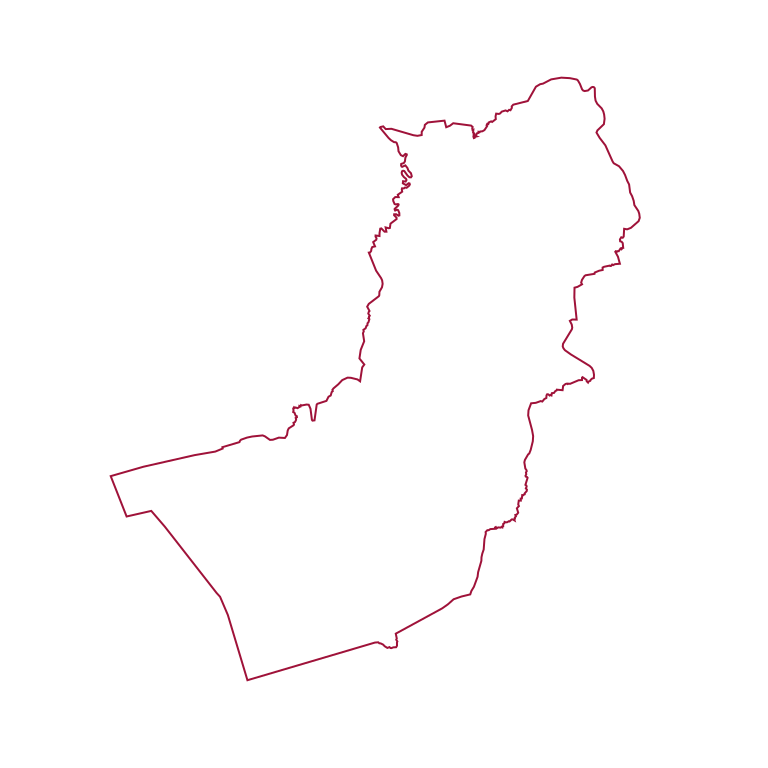 outline of Khao Chaison, Phatthalung, Thailand, rotated 167°
{"feature_id": "78962969B96011402806004", "entity_name": "Khao Chaison", "entity_type": "district", "adm_level": 2, "iso_a3": "THA", "parent_name": "Thailand", "parent_adm1": "Phatthalung", "projection": "natural_earth1", "projection_center": [100.092, 7.466], "detail": "fine", "context": "isolated", "style": "outline", "palette": "rose", "viewbox_px": 768, "rotation_deg": 167, "n_neighbors": 0, "source": "geoboundaries", "source_scale": "gbopen_adm2", "svg_char_len": 6160}
<svg xmlns="http://www.w3.org/2000/svg" viewBox="0 0 768 768"><g transform="rotate(167 384 384)"><path d="M671.0,355.7L664.6,312.8L639.3,312.7L629.7,294.4L594.1,218.0L591.6,213.6L588.1,194.0L583.7,126.1L451.0,134.1L447.7,133.6L446.9,132.4L445.6,132.0L443.5,130.3L442.3,128.3L440.1,126.1L437.8,126.4L437.1,125.3L436.2,125.0L434.1,125.3L431.4,124.8L430.2,126.1L429.5,129.3L428.9,130.1L429.6,132.1L428.8,133.2L428.7,138.1L377.8,152.3L371.4,154.9L364.6,158.6L356.3,159.5L347.3,159.6L345.4,162.7L342.0,166.2L336.2,175.1L334.6,179.5L328.9,189.8L328.0,193.2L326.4,196.6L324.1,200.3L321.0,210.3L318.5,215.1L318.3,216.9L316.2,218.3L314.9,218.0L313.0,218.7L308.1,217.9L308.1,219.2L307.2,219.5L306.6,218.0L305.0,218.6L302.6,217.8L301.6,218.4L301.0,217.8L300.8,218.5L299.9,218.5L299.4,220.8L298.3,221.1L297.5,222.5L296.5,221.8L295.0,221.6L293.3,222.2L292.6,221.8L290.1,223.3L289.0,223.1L287.5,221.7L287.6,223.0L286.7,223.3L286.6,224.4L285.2,225.4L285.5,226.8L283.9,227.0L282.2,228.4L282.5,233.0L280.0,234.7L280.3,236.5L278.9,240.1L276.9,239.6L276.6,241.6L275.4,241.5L274.3,244.7L273.2,244.3L272.5,244.9L271.7,244.9L271.4,245.9L269.0,247.6L268.5,249.0L269.3,250.4L268.1,251.9L268.1,253.0L268.9,253.9L265.2,260.3L265.5,261.1L266.7,261.9L266.8,262.7L265.7,264.0L265.6,265.9L264.5,267.0L264.6,268.2L265.3,269.8L264.9,276.1L263.8,278.3L259.4,283.0L258.1,283.6L255.9,286.8L251.9,294.7L250.4,299.7L250.1,305.9L250.6,320.9L249.1,325.9L245.0,332.1L240.3,331.5L235.1,332.1L233.7,331.3L231.1,333.3L229.0,333.8L228.2,336.4L227.3,337.3L226.2,336.9L225.2,335.5L224.2,335.9L223.4,335.2L222.5,337.3L220.3,337.1L218.8,338.5L217.3,338.9L216.9,339.6L211.4,337.8L209.9,341.8L207.1,343.2L205.4,343.2L205.0,342.6L203.9,342.8L202.7,342.3L193.5,343.9L190.2,343.3L189.6,345.7L189.0,346.0L185.7,342.4L185.9,341.1L184.9,339.5L184.3,340.3L182.3,340.7L181.7,341.6L179.9,342.5L178.2,342.6L177.3,345.8L177.1,349.7L178.0,353.0L179.6,355.4L195.2,370.7L200.1,376.2L201.1,378.4L201.4,380.4L200.5,382.9L188.6,395.1L187.9,396.6L187.7,399.7L188.7,403.7L186.1,404.5L181.8,403.4L179.1,425.4L176.7,435.0L173.6,435.1L168.6,436.6L169.1,438.4L167.7,440.9L164.5,444.0L163.2,444.6L154.1,444.0L153.6,445.2L148.8,446.0L145.3,445.9L144.8,448.3L143.2,448.7L137.4,448.6L137.1,448.1L136.1,448.0L134.8,449.1L134.0,448.3L132.0,448.8L127.1,448.1L127.4,455.4L128.9,460.8L128.2,461.3L126.9,460.5L126.2,460.9L125.4,460.6L123.1,462.8L122.4,462.0L121.9,462.8L121.4,462.5L120.9,463.1L120.3,462.9L119.7,467.6L120.5,469.2L121.8,469.9L121.6,471.8L119.8,473.6L118.5,472.8L117.3,473.7L115.1,481.2L112.3,480.0L108.3,480.6L99.3,485.4L97.4,488.4L97.0,492.5L97.3,495.4L99.8,502.0L99.5,506.3L100.0,511.2L101.1,515.2L100.3,523.3L101.3,527.2L102.1,533.4L103.2,537.8L106.0,543.3L110.5,547.4L111.2,549.4L114.6,566.7L118.5,575.3L120.4,581.2L119.0,583.1L111.3,587.7L109.4,592.8L108.9,597.0L109.0,600.3L109.9,603.6L113.2,609.0L114.1,612.5L113.8,616.6L112.1,624.8L112.8,626.1L113.9,626.5L115.1,626.4L119.2,624.1L122.6,624.3L123.9,625.1L124.7,626.5L125.6,632.3L126.8,636.2L127.7,637.3L134.1,640.2L142.3,642.6L152.6,643.2L161.5,640.9L164.4,641.0L169.1,639.5L180.2,627.4L195.2,627.1L197.1,625.8L197.3,624.3L199.2,622.3L200.4,623.0L202.3,621.9L204.0,623.2L208.0,622.9L210.0,621.5L211.3,621.3L213.9,622.2L215.1,619.7L215.5,616.9L219.7,615.0L220.5,615.8L223.1,615.3L223.4,614.5L224.5,614.4L224.3,613.6L225.5,613.5L225.9,612.8L225.6,612.0L229.0,608.8L231.3,608.1L233.5,608.4L234.1,607.9L235.2,608.5L235.5,607.4L237.2,607.3L238.3,605.6L239.1,605.9L239.0,605.0L238.1,604.4L239.9,604.4L240.3,603.5L241.1,603.4L241.2,604.4L240.4,604.3L240.8,606.1L239.9,607.5L240.4,607.8L240.1,608.6L240.6,609.1L239.7,611.7L240.6,611.6L240.5,613.4L239.8,614.5L241.0,616.2L257.9,622.5L261.7,620.8L265.6,620.2L265.8,627.0L282.4,629.0L285.9,627.3L286.9,624.7L290.5,621.3L291.3,618.1L295.6,618.3L299.4,619.8L319.4,631.0L325.0,632.0L326.8,635.2L329.7,635.2L330.3,634.8L324.2,622.7L322.4,620.0L319.8,617.4L318.1,616.9L317.4,615.9L317.0,611.3L317.5,607.5L316.1,603.2L314.2,601.7L311.4,603.4L310.2,602.7L310.2,602.1L312.2,599.8L313.6,596.1L315.1,594.8L317.7,594.6L318.2,593.2L318.0,592.0L317.5,591.5L314.0,592.2L312.6,589.3L312.2,586.4L310.3,583.3L310.2,580.2L311.2,579.3L312.7,579.7L314.2,581.8L316.3,586.9L317.4,587.5L318.6,587.2L319.3,585.7L319.3,583.9L318.1,581.2L316.4,579.0L316.2,577.7L317.4,576.4L319.8,577.3L320.5,575.3L317.7,572.8L314.8,574.1L314.0,573.7L313.9,572.7L314.8,571.6L317.8,570.1L319.4,570.7L320.7,570.1L322.4,570.6L322.9,569.7L323.0,567.3L328.0,565.3L327.7,562.8L331.0,563.6L333.6,562.0L333.8,560.2L333.2,557.0L332.3,556.4L329.9,556.2L329.4,555.7L329.9,554.7L334.2,552.3L334.4,551.5L334.1,550.5L332.1,550.9L331.1,550.2L330.6,547.2L331.1,544.8L332.0,544.7L334.0,546.7L335.9,547.1L336.2,546.2L334.4,543.3L334.6,541.9L341.6,538.8L343.2,534.7L344.3,534.7L347.2,536.2L347.4,531.9L349.2,532.3L351.6,536.2L352.7,536.2L354.4,532.1L355.1,529.2L358.8,530.6L359.1,529.5L358.5,527.6L359.1,526.3L362.6,524.7L361.8,520.1L364.6,520.1L365.8,518.6L366.6,516.5L368.0,515.3L369.2,515.4L366.2,496.2L363.0,487.8L362.5,485.4L362.8,481.9L364.2,478.7L367.7,474.9L368.6,471.6L369.3,470.7L380.8,465.5L383.0,463.1L381.7,458.4L382.7,457.6L383.5,456.1L382.5,453.7L383.5,453.0L383.7,451.8L384.4,451.5L383.7,450.4L385.3,447.6L386.4,446.9L387.0,444.9L388.1,444.5L389.4,442.4L391.9,441.4L391.9,439.8L393.1,438.2L393.7,430.1L399.0,422.5L402.2,414.4L398.8,407.4L401.5,405.1L406.7,392.0L408.8,394.4L414.9,397.5L418.1,398.4L423.8,397.2L428.6,394.0L434.2,391.1L435.6,389.9L435.5,388.6L436.8,387.9L438.5,384.8L440.9,384.1L443.9,380.5L453.3,379.7L454.2,379.1L459.9,364.2L461.9,364.4L462.3,365.3L461.2,376.4L462.0,380.7L464.1,381.4L469.0,381.6L469.6,382.1L470.4,380.9L471.4,381.7L471.9,380.5L473.7,379.9L475.4,381.0L476.3,380.7L476.9,381.6L478.0,380.5L478.1,378.6L478.8,377.1L477.7,376.2L477.2,373.0L476.2,372.3L476.3,371.2L477.7,370.8L477.6,369.3L478.1,368.3L479.4,366.9L480.9,366.6L480.8,364.9L481.3,364.2L486.8,362.2L488.3,360.3L490.0,356.1L492.7,353.7L498.5,355.4L504.8,354.7L507.7,355.2L511.8,359.8L513.8,361.2L524.3,362.5L529.5,362.6L535.8,361.9L537.1,361.1L537.9,359.9L555.7,358.8L555.7,357.4L563.6,356.1L584.6,357.3L637.0,357.5L671.0,355.7Z" fill="none" stroke="#9f1239" stroke-width="2"/></g></svg>